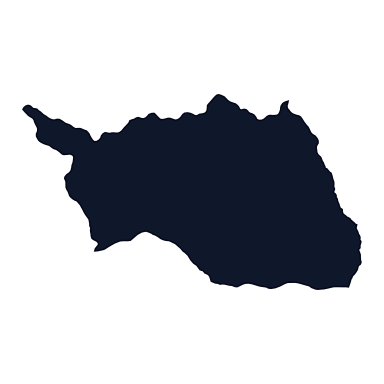 Iturama, Minas Gerais, Brazil (Mercator projection)
{"feature_id": "56859067B65690084199243", "entity_name": "Iturama", "entity_type": "district", "adm_level": 2, "iso_a3": "BRA", "parent_name": "Brazil", "parent_adm1": "Minas Gerais", "projection": "mercator", "projection_center": [-50.386, -19.714], "detail": "fine", "context": "isolated", "style": "filled", "palette": "ink", "viewbox_px": 384, "rotation_deg": 0, "n_neighbors": 0, "source": "geoboundaries", "source_scale": "gbopen_adm2", "svg_char_len": 4918}
<svg xmlns="http://www.w3.org/2000/svg" viewBox="0 0 384 384"><path d="M288.1,101.2L286.1,101.8L284.6,102.4L282.8,103.6L281.4,105.6L280.9,107.3L280.7,109.5L280.2,111.3L279.5,112.9L278.7,114.4L277.2,115.3L275.1,115.6L272.6,115.7L270.8,115.5L269.0,115.6L267.2,116.5L265.8,117.8L263.7,119.5L261.8,120.3L259.0,120.5L256.7,119.4L255.6,117.1L253.9,115.0L251.9,113.9L249.9,113.3L248.5,112.4L247.4,110.9L246.1,109.8L244.1,109.3L241.2,110.1L239.4,109.2L238.8,107.4L237.5,105.7L235.4,104.0L233.3,103.3L231.5,102.7L229.7,102.0L227.5,100.4L225.6,98.4L224.1,96.9L222.4,96.1L220.3,95.2L218.5,94.8L216.9,95.2L215.4,96.5L213.8,98.2L212.1,100.2L210.3,102.3L208.8,103.9L207.6,105.4L207.5,107.1L207.3,109.7L206.7,111.6L205.2,113.1L203.2,113.9L200.9,114.2L199.2,114.5L197.8,115.5L196.0,116.0L194.3,115.4L192.7,114.5L190.4,113.5L187.5,112.9L184.5,113.3L182.6,114.9L181.1,117.1L179.4,118.8L177.7,119.7L175.7,120.3L173.6,119.7L171.7,119.0L169.8,118.4L168.1,118.4L166.5,118.8L164.5,119.4L161.9,119.7L160.0,119.3L158.6,118.0L157.0,116.4L155.6,114.8L154.1,113.4L151.4,113.6L149.0,114.6L147.4,116.5L145.6,118.1L143.7,118.8L141.8,118.8L139.9,118.1L138.2,117.6L136.2,118.1L134.7,119.2L132.4,119.9L130.0,120.7L128.8,123.3L127.1,125.1L125.9,126.4L124.3,128.0L123.1,129.5L121.6,131.3L119.4,132.8L117.3,133.3L115.5,133.2L113.5,133.0L111.5,133.1L109.9,133.6L107.6,133.2L105.2,132.7L103.2,133.8L101.6,135.7L100.8,138.1L99.4,139.9L96.8,141.6L94.0,141.7L92.2,139.9L90.7,137.5L89.7,135.7L89.0,134.0L87.8,132.5L86.4,131.0L84.0,130.2L82.0,129.3L80.1,128.6L78.3,128.6L75.5,128.8L73.0,127.5L71.5,126.2L69.7,125.0L67.3,124.1L65.0,123.3L63.5,122.1L61.6,120.8L59.3,119.5L57.0,119.4L54.7,120.1L52.5,120.0L49.6,118.9L47.4,117.5L45.8,116.2L43.6,115.0L41.7,113.3L40.3,112.0L38.4,110.8L36.9,109.2L34.3,108.7L32.6,108.5L31.7,107.2L29.9,105.8L27.9,105.4L25.9,106.1L24.1,107.5L23.0,109.4L24.3,110.9L25.6,112.4L27.0,113.7L28.1,115.0L29.7,116.2L31.5,117.2L33.2,118.4L34.2,120.1L35.0,122.6L36.4,125.4L37.6,127.8L37.8,129.7L37.6,131.6L36.5,133.9L36.6,136.4L37.7,138.4L38.8,140.3L40.6,141.8L42.1,142.6L43.7,143.4L45.3,144.0L47.2,144.6L49.0,145.1L50.6,146.1L52.1,147.4L54.1,148.6L56.4,149.3L58.3,150.6L60.2,152.1L62.1,153.9L63.9,154.5L65.6,154.3L67.4,154.2L69.5,153.9L71.5,154.4L73.0,155.3L73.9,157.0L73.7,158.7L73.5,160.7L73.1,163.0L72.2,165.2L71.9,167.8L71.1,170.7L69.6,172.8L68.2,173.7L66.7,174.9L65.1,176.8L64.7,178.5L65.5,180.0L66.1,182.0L66.1,184.3L66.2,187.5L67.1,189.6L68.3,191.6L69.1,193.7L69.7,195.6L71.1,197.3L73.1,198.9L74.7,199.9L77.0,200.8L78.5,202.6L80.5,204.9L81.6,207.1L82.9,209.3L84.2,212.0L85.5,214.2L86.6,215.8L88.0,217.7L89.0,219.1L89.4,220.9L89.9,223.7L89.9,225.8L90.9,227.9L90.6,230.8L91.1,233.5L91.4,236.3L92.1,238.4L93.8,239.6L96.4,240.9L98.2,242.4L98.6,244.7L96.9,246.8L95.4,248.7L94.8,250.9L97.4,250.7L102.6,249.6L104.6,248.9L108.3,246.5L112.1,244.3L114.6,242.9L119.9,240.8L123.4,240.5L128.0,240.5L130.4,240.2L134.1,237.0L135.5,235.8L137.1,234.4L141.6,231.9L145.8,231.0L148.6,231.8L151.8,233.2L153.3,234.3L154.9,234.7L157.8,236.3L160.9,238.5L163.4,239.6L165.7,240.2L169.4,240.6L175.5,243.6L178.8,246.5L180.6,248.0L183.0,250.9L185.2,252.5L188.0,255.2L191.1,260.2L193.8,263.2L196.8,265.2L200.1,269.7L203.2,270.7L204.9,272.9L207.7,274.1L209.0,275.2L210.0,276.8L211.3,281.2L215.3,282.9L217.9,283.2L220.0,284.1L221.9,283.8L224.5,283.9L229.2,285.0L232.1,285.3L234.8,286.4L237.1,286.7L242.9,283.9L245.5,283.1L248.7,283.0L252.1,283.6L259.7,285.9L266.5,286.9L268.5,288.0L271.1,288.3L275.3,287.6L280.0,285.8L284.6,283.4L287.6,282.3L292.2,282.2L295.4,282.2L298.5,282.7L309.5,285.8L311.6,287.4L315.5,288.9L317.7,289.2L323.9,288.7L328.2,287.8L332.8,286.7L335.0,286.5L346.3,286.6L348.4,286.9L350.1,282.0L350.8,279.3L351.8,277.6L352.4,275.9L354.0,274.4L355.7,272.2L357.3,269.5L357.8,267.1L358.5,265.4L360.1,264.4L361.0,262.4L360.4,259.8L360.2,257.3L360.2,254.9L359.4,252.4L358.3,249.8L359.9,247.9L359.9,245.3L360.5,243.4L360.9,241.6L359.7,239.6L360.0,237.5L359.5,235.9L358.4,234.2L357.8,232.1L356.8,230.1L356.0,228.5L356.2,226.7L356.7,224.8L355.2,224.2L354.0,222.8L352.5,221.6L350.9,220.2L349.9,218.7L348.5,217.9L346.6,217.0L345.5,215.8L344.0,214.8L342.7,213.5L342.3,211.6L342.2,209.5L340.2,208.2L339.4,206.3L338.8,204.1L337.6,201.4L337.1,198.8L336.0,197.2L336.1,195.3L335.1,193.8L333.3,192.4L334.0,190.6L334.5,189.0L333.6,186.6L333.8,183.9L333.6,181.5L332.8,179.6L332.4,177.9L331.8,175.5L331.0,173.2L329.6,172.3L328.2,170.6L326.8,168.9L325.2,168.4L324.8,166.5L324.0,164.9L323.2,162.7L322.2,161.2L321.5,159.4L320.7,157.3L319.4,156.1L317.8,154.6L316.7,152.2L316.5,149.7L316.1,147.7L316.6,145.5L318.1,143.0L318.0,140.7L317.3,139.0L316.2,137.5L315.1,136.1L313.4,135.1L311.9,134.1L310.7,132.7L309.9,131.1L309.0,129.1L307.9,127.0L306.5,125.6L305.3,124.0L303.9,122.2L302.3,119.6L300.6,117.1L298.9,116.0L296.7,115.5L294.6,114.8L292.4,113.9L290.3,112.2L289.1,110.5L287.3,108.4L286.9,105.7L287.5,103.9L288.1,101.2Z" fill="#0f172a" stroke="#020617" stroke-width="1.5"/></svg>